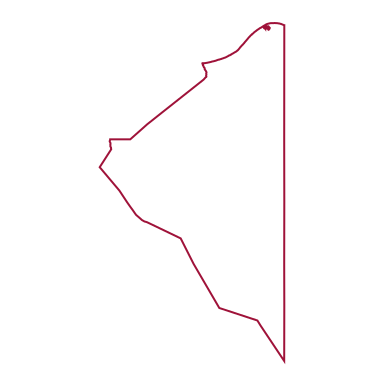 Iriona, Colón, Honduras (Equal Earth projection)
{"feature_id": "27666195B61075928676863", "entity_name": "Iriona", "entity_type": "district", "adm_level": 2, "iso_a3": "HND", "parent_name": "Honduras", "parent_adm1": "Colón", "projection": "equal_earth", "projection_center": [-85.194, 15.529], "detail": "fine", "context": "isolated", "style": "outline", "palette": "rose", "viewbox_px": 384, "rotation_deg": 0, "n_neighbors": 0, "source": "geoboundaries", "source_scale": "gbopen_adm2", "svg_char_len": 4356}
<svg xmlns="http://www.w3.org/2000/svg" viewBox="0 0 384 384"><path d="M284.2,361.0L284.3,305.6L284.2,263.9L284.3,202.3L284.2,140.9L284.3,25.2L284.0,25.2L283.7,25.1L283.3,24.9L283.1,24.8L283.0,24.7L282.4,24.5L281.0,23.9L280.6,23.9L279.5,23.5L278.4,23.4L277.7,23.2L277.2,23.2L276.4,23.1L275.5,23.1L274.8,23.0L274.0,23.1L272.5,23.1L271.8,23.1L270.2,23.2L269.2,23.5L268.1,23.7L267.6,23.9L267.1,24.0L266.2,24.4L265.8,24.6L265.3,24.9L265.1,25.1L265.1,25.4L265.1,25.5L265.3,25.5L265.4,25.4L265.2,25.9L265.1,26.1L265.4,26.0L265.5,25.8L265.6,25.7L266.0,25.8L266.3,26.1L266.4,26.4L266.5,26.5L266.8,26.6L267.1,26.6L267.4,26.5L267.9,26.2L268.0,26.2L268.4,26.3L268.5,26.4L268.6,26.5L268.7,26.8L268.7,27.2L268.6,27.4L268.7,27.5L268.8,27.6L269.1,27.4L269.3,27.4L269.4,27.5L269.5,27.6L269.7,27.8L269.8,27.9L269.8,28.0L269.7,28.1L269.5,28.3L269.4,28.5L269.4,28.9L269.2,29.1L269.0,29.4L268.8,29.6L268.7,29.7L268.3,29.3L268.2,29.3L268.2,29.1L268.1,28.9L267.9,28.8L267.7,28.6L267.4,28.3L267.2,28.3L267.1,28.2L267.1,27.9L266.8,27.6L266.6,27.5L266.6,27.8L266.6,28.0L266.4,28.0L266.2,28.1L266.3,28.2L266.7,28.3L266.8,28.3L266.9,28.5L266.7,28.6L266.3,28.5L266.2,28.5L266.2,28.4L266.1,28.2L265.8,28.1L265.5,28.0L265.3,28.0L265.2,28.0L265.2,28.5L265.0,28.2L264.9,28.2L264.8,28.6L264.7,28.6L264.3,28.3L264.1,28.1L263.9,27.9L263.8,27.7L263.9,27.3L264.2,26.8L264.7,26.2L264.8,26.1L265.0,25.7L265.0,25.4L265.0,25.2L263.8,25.8L263.4,26.1L263.0,26.3L262.6,26.6L261.1,27.6L260.6,27.8L260.2,28.0L259.7,28.3L259.3,28.6L258.6,29.1L258.3,29.3L257.3,29.9L257.0,30.2L256.7,30.4L256.3,30.7L256.0,31.0L255.8,31.1L255.4,31.4L255.0,31.7L254.3,32.2L254.1,32.4L254.0,32.5L253.9,32.6L253.5,33.0L253.1,33.4L252.6,33.8L252.3,34.0L252.2,34.0L252.0,34.3L251.8,34.6L251.7,34.6L251.4,34.8L250.9,35.3L250.4,35.7L249.9,36.4L249.4,36.9L249.0,37.2L248.6,37.7L248.2,38.2L247.6,38.9L247.3,39.4L246.9,39.7L246.3,40.5L246.0,40.8L245.7,41.2L245.5,41.4L245.1,41.8L245.0,42.0L244.7,42.3L244.6,42.5L244.2,42.9L244.1,43.2L244.0,43.3L243.6,43.6L243.3,44.0L242.8,44.6L242.5,44.9L242.2,45.1L241.9,45.5L241.6,45.7L241.5,45.8L241.4,46.0L241.1,46.4L240.9,46.6L240.5,47.0L240.2,47.3L239.9,47.7L239.5,48.3L238.3,49.7L238.0,50.1L237.9,50.2L237.6,50.3L237.5,50.5L237.1,50.8L236.6,51.2L236.2,51.5L235.8,51.8L235.6,51.9L234.9,52.2L234.7,52.4L234.5,52.5L234.1,52.7L233.5,53.1L233.0,53.4L232.7,53.6L232.4,53.7L232.1,53.8L231.9,54.0L231.4,54.4L231.3,54.5L231.0,54.5L230.8,54.6L230.6,54.7L230.3,55.0L229.8,55.3L229.6,55.3L229.2,55.4L228.9,55.6L228.6,55.7L228.3,56.0L227.7,56.3L226.0,57.2L225.4,57.5L224.8,57.7L224.3,57.8L224.1,57.9L223.9,58.0L223.7,58.1L222.5,58.5L222.2,58.6L221.8,58.7L221.5,58.9L221.1,59.0L220.4,59.2L220.0,59.3L219.7,59.4L219.3,59.6L219.1,59.6L218.8,59.7L218.5,59.7L218.3,59.7L218.1,59.8L217.6,60.0L216.7,60.3L216.2,60.5L215.8,60.7L215.5,60.8L215.2,60.8L214.8,60.9L214.6,61.0L213.8,61.2L213.4,61.3L211.8,61.6L211.4,61.8L210.7,62.0L210.2,62.1L209.8,62.2L208.9,62.4L208.3,62.5L207.9,62.6L207.1,62.8L206.5,62.9L206.2,62.9L205.3,63.1L203.9,63.2L203.4,63.2L203.1,63.2L202.9,63.2L202.6,63.2L202.6,63.3L202.9,63.4L202.9,63.5L203.1,63.6L203.1,63.8L202.8,63.9L202.6,64.0L203.0,64.5L203.1,64.8L202.9,65.1L202.9,65.3L203.0,65.5L203.3,65.8L203.5,66.2L203.6,66.5L203.8,67.1L203.9,67.3L204.1,67.4L204.2,67.5L204.4,67.7L204.5,67.8L204.6,68.3L204.7,68.5L204.7,69.2L204.7,69.3L204.8,69.4L205.0,69.8L205.2,70.0L205.3,70.2L205.5,70.4L205.7,70.6L205.8,70.8L205.9,71.2L206.3,71.8L206.4,72.0L206.5,72.3L206.5,72.5L206.4,72.8L206.3,73.0L206.2,73.3L206.2,73.5L206.4,74.2L206.4,74.4L206.4,74.5L206.2,75.2L206.1,75.3L206.1,75.5L206.3,76.1L206.3,76.3L206.4,76.6L206.3,76.8L206.2,77.0L205.6,77.3L205.2,77.8L203.6,79.6L161.8,112.7L147.2,124.3L130.3,139.3L110.2,139.3L110.2,139.5L110.1,139.8L109.9,140.5L109.8,140.8L109.7,141.0L109.7,141.3L109.7,141.5L109.8,141.8L110.1,142.3L110.3,142.6L110.4,142.9L110.4,143.0L110.4,143.4L110.5,143.6L110.5,144.1L110.4,144.4L110.3,144.7L110.4,145.0L110.4,145.3L110.4,145.5L110.4,145.8L110.3,146.1L110.4,146.3L110.6,146.8L110.7,147.1L110.9,147.4L111.0,147.6L111.1,148.3L111.1,148.5L111.0,148.8L111.1,149.0L111.2,149.3L99.7,167.2L119.4,190.6L127.2,202.4L130.3,206.8L132.8,210.2L135.0,213.4L136.1,214.9L140.7,218.9L141.9,220.0L144.5,221.5L146.1,221.9L146.6,222.1L147.0,222.2L180.7,238.4L193.6,263.9L215.7,301.8L219.3,308.0L257.4,320.5L260.5,325.5L284.2,361.0Z" fill="none" stroke="#9f1239" stroke-width="2"/></svg>